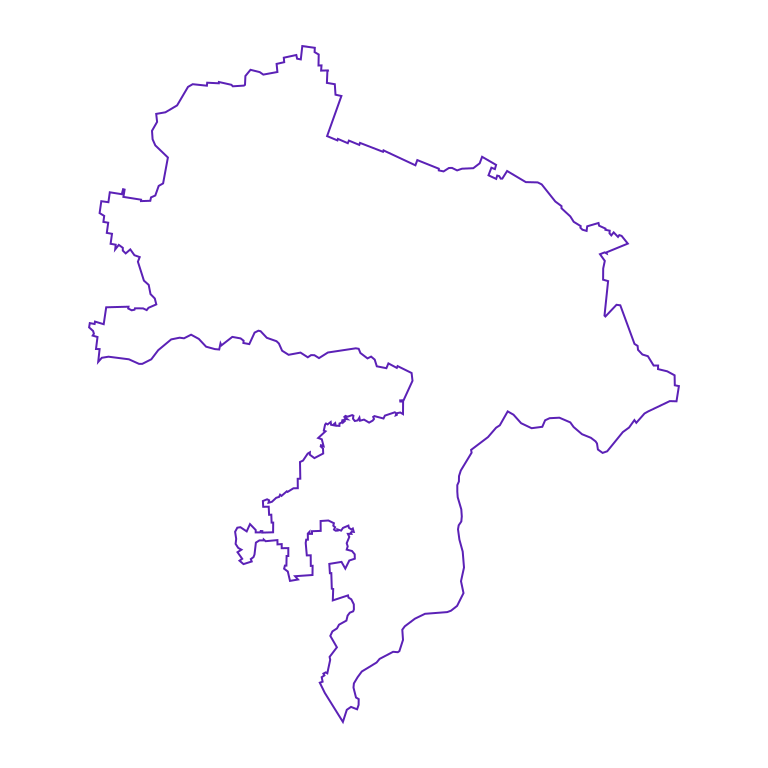 Espinal, Veracruz, Mexico (Robinson projection)
{"feature_id": "50627088B15670819886365", "entity_name": "Espinal", "entity_type": "district", "adm_level": 2, "iso_a3": "MEX", "parent_name": "Mexico", "parent_adm1": "Veracruz", "projection": "robinson", "projection_center": [-97.51, 20.255], "detail": "fine", "context": "isolated", "style": "outline", "palette": "violet", "viewbox_px": 768, "rotation_deg": 0, "n_neighbors": 0, "source": "geoboundaries", "source_scale": "gbopen_adm2", "svg_char_len": 6081}
<svg xmlns="http://www.w3.org/2000/svg" viewBox="0 0 768 768"><path d="M676.5,401.3L678.9,386.1L674.8,385.3L674.6,375.3L667.2,371.3L658.0,369.1L658.1,365.5L653.6,365.5L647.9,356.2L642.4,354.5L638.0,349.8L637.6,345.9L634.5,343.9L620.3,305.3L616.5,304.8L605.4,316.5L604.5,315.6L608.1,281.1L603.1,279.7L603.2,268.5L604.8,260.9L600.0,254.2L604.6,252.4L606.7,253.5L606.4,252.4L627.8,243.6L621.6,235.9L619.3,235.1L618.0,236.9L613.7,232.4L611.3,235.4L609.5,233.3L609.7,230.7L605.4,229.8L605.5,228.6L599.1,225.7L598.5,223.0L587.2,226.3L586.6,230.9L582.4,229.7L580.4,227.7L580.7,226.1L573.7,221.8L570.3,216.4L561.5,208.3L561.5,206.1L555.3,201.5L541.7,184.4L537.7,182.4L525.8,182.1L507.1,171.0L502.3,178.6L500.7,178.6L499.2,176.1L497.2,175.6L496.2,178.9L490.8,176.4L488.5,175.3L491.4,167.7L494.9,169.1L496.1,164.9L482.1,156.8L479.7,163.3L473.3,168.2L462.0,168.7L457.1,170.4L452.0,167.9L448.9,168.0L443.6,171.4L438.8,170.4L438.8,168.7L417.3,160.1L415.4,165.3L383.5,150.4L383.0,151.8L360.0,142.9L359.3,144.9L348.9,140.6L347.8,143.2L337.9,138.9L337.4,140.4L327.1,136.1L341.4,96.0L335.5,94.7L334.8,84.2L326.9,82.9L327.4,71.1L328.7,70.4L321.1,70.6L321.5,65.4L318.5,65.5L318.7,54.5L314.6,52.1L314.8,47.8L302.3,46.1L300.8,59.4L297.1,58.7L296.3,55.0L283.8,57.7L284.2,62.2L276.6,63.9L277.4,72.0L263.3,74.6L259.7,72.1L250.5,69.8L245.4,76.0L245.0,84.8L243.9,85.6L232.8,86.3L231.4,84.8L218.9,82.0L218.8,83.3L207.2,82.7L206.9,85.7L192.7,84.2L188.0,86.9L177.1,105.4L165.4,112.3L156.2,113.9L157.1,121.9L152.0,130.8L152.6,139.3L155.3,145.4L167.9,157.5L163.1,183.4L158.7,185.9L155.3,195.5L151.0,197.4L150.3,200.8L141.0,201.1L141.1,199.7L123.4,196.9L124.6,189.6L123.1,189.2L121.8,194.2L109.8,192.3L108.4,202.2L101.3,201.2L99.6,213.1L104.2,215.9L103.4,221.9L108.2,222.7L106.8,232.9L112.0,233.8L110.6,243.8L115.7,244.7L115.2,249.4L118.8,244.9L122.8,247.8L122.8,250.6L125.7,253.4L130.3,249.4L134.4,255.2L139.7,257.1L137.9,261.7L143.9,280.6L148.7,284.9L150.5,294.1L154.8,298.5L156.3,304.4L148.5,307.8L146.7,310.1L143.1,308.4L135.0,308.3L134.5,309.7L131.7,310.3L128.2,308.5L128.5,306.7L106.2,307.3L103.7,324.2L95.0,321.6L94.6,324.0L89.8,323.1L89.1,327.4L93.1,331.0L93.9,333.7L92.7,335.6L97.5,337.0L96.0,349.0L99.6,349.1L98.2,361.9L101.8,357.8L108.5,356.7L128.9,359.3L139.1,363.9L142.2,363.9L151.3,359.3L158.2,350.2L171.2,339.4L179.6,337.7L184.0,338.3L191.1,334.7L198.8,338.9L206.1,346.7L214.9,349.1L219.2,349.5L220.5,343.4L221.4,345.4L232.3,336.9L240.6,338.4L243.6,340.7L243.4,343.0L249.3,344.1L254.6,332.6L258.4,330.7L260.6,331.2L266.8,337.8L276.5,341.2L278.9,343.5L282.1,350.7L288.6,354.8L300.5,352.6L307.8,357.3L311.1,355.1L314.4,355.2L319.0,358.1L327.9,352.5L355.8,348.3L358.7,348.8L360.4,353.0L367.5,358.4L371.1,356.6L374.7,359.6L376.8,366.3L386.4,368.2L388.4,363.4L396.8,367.9L397.6,366.1L411.6,373.0L412.5,380.8L403.6,400.2L400.2,400.4L400.3,401.5L403.1,401.5L403.0,414.1L400.3,412.5L396.9,413.2L396.8,414.9L395.8,415.3L396.4,413.4L394.8,412.3L384.9,415.6L383.5,418.5L374.4,416.1L373.2,416.9L374.0,419.0L372.7,420.6L369.1,422.6L364.0,419.6L360.0,420.7L359.4,417.6L357.7,420.4L354.8,421.0L353.0,418.7L353.4,415.7L352.2,415.1L347.5,416.7L345.5,415.9L344.4,416.9L347.3,419.2L345.0,418.9L344.2,419.7L344.9,420.9L343.1,422.5L342.6,419.4L341.8,422.5L339.5,423.5L339.4,425.9L335.6,425.6L335.2,423.1L334.0,424.1L334.8,425.5L331.1,424.8L330.7,422.0L327.6,424.4L326.0,423.5L325.1,424.6L323.8,430.6L325.5,431.3L318.2,438.0L321.8,439.3L323.6,446.2L321.0,445.2L320.7,446.4L323.0,448.5L323.2,453.5L314.4,458.1L309.8,454.7L309.9,452.3L307.7,453.6L303.0,460.6L300.0,462.0L300.3,478.7L297.7,478.8L297.8,488.2L293.4,488.3L287.6,491.9L286.8,491.3L281.5,495.9L280.1,494.7L279.1,496.9L276.2,497.8L271.9,501.8L268.5,502.7L269.1,500.3L267.1,499.3L262.9,501.0L263.2,506.8L268.7,506.7L269.1,514.8L271.3,514.7L271.6,522.6L273.2,522.6L273.1,532.3L262.2,532.6L262.3,531.1L260.7,531.0L260.1,532.4L255.7,532.4L255.7,530.0L250.0,524.1L246.7,531.4L240.4,527.2L237.3,527.7L235.1,531.8L236.2,538.9L235.6,543.9L238.2,547.9L241.4,549.7L237.5,552.2L242.2,558.8L239.5,560.7L243.5,564.1L251.7,561.5L250.8,559.1L253.5,557.1L254.5,554.5L255.9,542.6L259.4,540.4L263.6,540.4L263.7,539.5L265.6,541.2L277.4,540.1L277.5,544.4L281.7,544.1L281.7,548.2L288.3,548.1L288.3,556.0L286.6,556.0L286.4,565.6L284.9,565.6L284.1,568.7L287.8,571.5L290.0,580.9L298.0,579.5L295.1,576.2L312.5,575.0L312.6,565.8L310.8,565.9L310.7,555.3L306.8,555.4L305.7,542.9L306.2,539.7L307.9,539.7L307.8,533.6L309.5,531.8L309.5,533.9L312.0,533.9L312.0,531.2L320.7,530.9L320.6,521.0L328.4,520.5L333.9,523.2L333.3,525.7L335.1,527.2L334.0,529.6L335.6,530.7L337.6,530.6L337.4,529.4L341.1,530.6L343.0,527.9L348.4,525.6L348.9,527.8L351.4,529.5L352.8,528.5L353.8,531.9L351.8,531.7L350.8,532.7L351.4,533.9L347.9,533.9L349.3,536.9L346.7,543.2L347.7,546.4L346.7,549.6L352.0,551.0L354.7,554.3L354.8,558.7L349.3,560.5L345.3,568.6L341.5,561.9L329.3,563.9L329.9,573.2L331.3,573.1L331.8,588.7L333.2,589.0L332.8,600.4L348.0,595.4L348.5,597.6L351.3,599.3L353.8,604.3L353.9,609.4L353.2,611.3L349.8,612.7L347.6,615.6L346.4,620.6L339.0,624.7L337.0,628.4L332.4,631.4L330.3,635.9L336.9,647.3L329.6,656.9L330.2,659.8L327.3,673.3L325.7,672.4L323.4,673.6L324.4,675.4L321.7,677.2L322.6,681.7L319.8,682.7L324.8,692.9L342.9,721.9L346.8,709.8L351.0,706.9L357.1,709.3L358.6,704.9L358.7,699.1L356.0,697.5L353.5,687.6L353.9,683.4L357.6,677.2L361.8,671.5L376.6,662.5L379.6,658.9L393.1,651.8L397.8,652.2L399.4,651.1L403.0,639.9L402.3,629.7L404.8,626.3L414.9,618.7L425.0,613.8L447.2,612.1L451.0,610.7L457.1,605.9L463.5,593.1L461.0,581.2L464.0,567.5L462.7,551.6L459.4,539.6L458.0,529.3L458.7,525.3L461.3,521.5L461.8,516.5L461.3,509.4L457.7,497.2L457.3,491.6L457.3,485.1L458.9,481.5L459.0,476.1L460.8,470.5L471.6,452.7L471.1,449.9L488.0,437.1L496.1,427.7L499.8,425.3L507.7,411.4L513.5,414.7L521.1,423.2L531.6,428.2L542.3,426.8L545.1,420.3L549.6,418.2L559.4,417.7L570.3,422.4L573.6,427.0L582.0,434.2L590.9,437.8L595.6,441.4L597.0,443.5L597.9,449.5L602.6,452.9L607.2,451.3L622.8,432.1L629.1,427.5L634.4,420.1L636.3,422.8L644.5,413.5L648.2,411.4L669.8,401.1L676.5,401.3Z" fill="none" stroke="#5b21b6" stroke-width="2"/></svg>